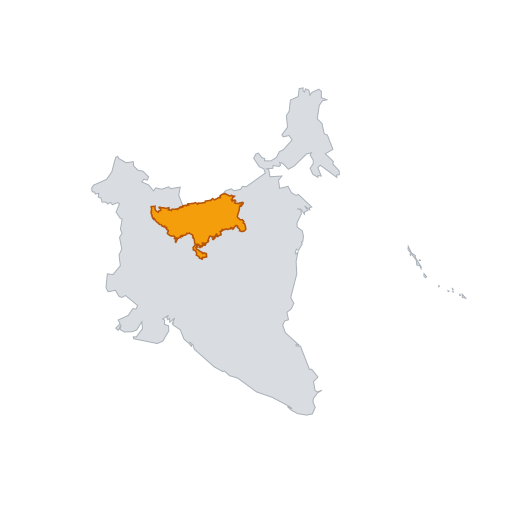 Uttar Pradesh highlighted on a map of India, rotated 321°
{"feature_id": "IND-3253", "entity_name": "Uttar Pradesh", "entity_type": "State", "adm_level": 1, "iso_a3": "IND", "parent_name": "India", "parent_adm1": "", "projection": "orthographic", "projection_center": [80.221, 27.157], "detail": "fine", "context": "in_parent", "style": "filled", "palette": "amber", "viewbox_px": 512, "rotation_deg": 321, "n_neighbors": 0, "source": "natural_earth", "source_scale": "10m", "svg_char_len": 9802}
<svg xmlns="http://www.w3.org/2000/svg" viewBox="0 0 512 512"><g transform="rotate(321 256 256)"><path d="M101.6,223.8L107.7,223.1L108.6,219.0L119.4,221.8L127.0,219.4L129.3,221.7L132.9,220.0L129.7,204.6L125.7,203.8L124.1,201.3L125.2,194.2L118.7,190.8L119.4,186.3L129.3,176.3L133.1,180.4L144.5,178.2L150.1,169.1L156.1,166.1L161.7,155.6L166.2,154.0L167.4,149.9L175.2,143.1L174.2,141.3L174.9,133.8L182.9,129.4L182.1,127.5L176.7,125.8L176.6,122.7L173.5,122.4L173.2,119.7L170.3,117.2L172.0,113.5L170.4,110.9L173.3,108.4L170.0,106.7L170.8,104.8L169.1,103.0L171.0,99.8L174.4,98.7L188.0,102.4L196.8,99.9L208.8,91.2L211.2,91.4L210.8,94.1L213.8,101.8L220.0,105.5L217.6,108.9L218.2,115.0L221.5,118.9L222.3,126.9L219.2,128.6L217.1,125.7L213.9,126.6L217.3,133.3L217.3,140.9L221.0,140.0L224.9,144.9L231.7,147.3L232.1,150.0L240.5,154.8L234.3,160.0L230.8,170.7L249.6,182.1L258.4,184.3L259.0,186.1L264.9,187.8L273.4,186.1L279.0,188.2L279.9,191.3L285.9,194.5L289.3,193.3L291.9,196.0L315.4,197.4L316.9,193.2L314.7,188.5L315.7,178.6L320.2,176.6L322.6,177.5L322.5,183.3L324.1,185.7L322.6,187.4L327.2,191.4L333.8,192.3L339.8,189.6L344.0,190.6L357.1,188.5L357.5,183.2L352.1,180.5L352.3,178.1L361.6,175.7L367.9,166.1L373.0,164.3L380.9,156.4L389.1,158.7L394.9,153.1L398.4,155.0L396.4,157.3L396.8,159.1L399.6,157.2L401.5,160.4L399.0,165.0L402.2,164.0L409.8,165.9L410.4,169.2L406.4,174.0L409.4,179.2L405.3,177.2L399.9,178.8L389.9,188.0L390.7,194.6L385.9,203.9L387.6,206.9L382.9,221.5L374.2,220.2L375.6,231.3L373.6,232.7L374.2,242.2L371.9,245.3L369.7,243.8L368.3,245.8L363.1,225.9L359.7,226.2L357.0,234.9L354.8,232.5L353.6,233.8L351.6,228.2L353.2,221.9L358.6,220.2L360.8,217.5L361.6,211.7L364.1,210.7L359.4,208.5L342.4,210.1L335.8,209.0L335.1,201.3L333.3,198.2L332.2,200.8L330.3,200.9L326.2,196.4L324.3,198.4L319.2,195.0L320.1,197.3L316.7,203.2L326.4,210.1L321.2,211.3L316.9,218.3L324.7,222.0L323.4,229.3L325.4,234.2L327.7,234.8L330.1,253.0L327.9,252.0L326.8,254.0L325.3,247.7L325.0,253.2L321.6,252.3L319.9,253.9L320.4,247.8L317.5,245.2L320.0,248.1L317.9,251.7L308.7,256.1L306.2,259.4L307.7,265.7L305.4,270.4L301.4,274.3L299.9,273.8L299.6,275.7L292.6,278.4L291.7,276.1L288.9,277.8L288.2,279.7L291.1,279.3L283.7,285.5L276.4,295.6L256.8,310.2L255.7,316.5L250.1,319.3L244.6,319.2L241.1,326.0L237.3,324.5L233.2,326.6L230.5,334.1L233.4,352.6L231.6,349.9L230.5,351.2L233.8,354.0L226.2,377.7L228.0,379.0L227.9,389.1L221.7,389.8L217.3,397.6L218.2,400.3L222.8,401.9L217.7,401.0L211.2,402.8L208.4,405.2L206.8,410.9L200.4,414.2L195.1,411.4L189.1,404.6L186.5,398.3L185.6,392.8L188.1,397.4L186.8,392.9L179.7,376.2L170.9,362.0L164.9,339.3L160.1,332.3L159.0,325.4L157.3,324.7L153.7,315.7L149.4,289.7L151.1,285.3L150.8,283.7L149.1,285.7L148.8,284.5L149.0,281.9L151.0,282.3L148.8,281.1L147.7,275.5L150.7,265.7L148.1,257.2L149.4,256.1L148.0,256.1L153.7,253.0L147.4,253.3L149.3,250.1L147.3,250.0L147.8,247.8L150.6,247.1L143.8,246.2L144.7,248.4L141.9,251.4L144.1,255.1L141.2,259.3L130.0,263.5L124.2,261.9L108.8,243.3L109.8,241.6L112.1,243.6L122.1,241.0L125.9,235.2L116.7,238.4L112.1,236.9L106.0,232.3L104.0,227.5L108.1,224.5L102.1,227.0L101.6,223.8ZM377.6,367.9L375.3,364.2L378.0,359.9L378.2,346.7L380.4,344.3L378.7,351.5L380.1,356.0L378.8,357.4L377.6,367.9ZM392.2,415.4L392.4,420.8L390.3,418.0L392.2,415.4ZM375.6,379.4L374.1,379.6L373.8,377.3L375.5,375.4L375.6,379.4ZM386.7,407.1L386.7,408.7L386.3,407.3L386.7,407.1ZM388.4,404.7L387.9,406.9L388.0,404.7L388.4,404.7ZM390.6,413.6L390.0,415.3L389.5,414.7L390.6,413.6ZM379.7,394.8L378.7,395.0L379.2,394.0L379.7,394.8ZM377.3,368.7L376.3,369.7L376.7,368.3L377.3,368.7ZM380.7,361.8L381.3,363.3L380.0,362.2L380.7,361.8ZM383.9,404.8L383.0,404.6L383.4,403.7L383.9,404.8ZM377.0,351.6L376.5,353.4L376.7,351.5L377.0,351.6Z" fill="#d9dde1" stroke="#a8b0b8" stroke-width="1"/><path d="M258.3,184.0L258.7,184.8L259.0,186.1L259.2,186.4L260.5,186.5L262.0,187.0L263.3,186.9L264.2,187.5L264.5,188.1L264.9,188.3L265.3,188.1L265.7,187.6L265.6,186.8L265.9,186.6L268.1,186.7L270.9,187.8L270.9,188.1L271.3,188.1L271.3,188.7L271.9,189.4L271.9,190.2L272.8,191.3L272.9,192.0L273.4,192.9L274.2,193.4L275.0,193.2L275.3,193.7L275.3,194.8L276.0,194.9L276.9,196.0L273.8,196.2L273.3,197.2L272.7,197.4L272.4,197.8L272.2,197.4L272.0,198.4L272.5,198.5L273.0,198.3L273.7,198.8L274.8,199.2L274.6,199.9L274.8,200.5L273.0,200.9L272.8,201.1L272.8,201.5L273.1,201.7L273.6,202.7L274.5,203.1L274.8,203.6L275.2,203.7L275.4,204.3L275.8,204.7L277.0,204.5L277.9,205.3L278.7,205.4L279.6,206.3L279.4,206.9L278.7,207.3L277.8,207.2L277.0,206.6L276.5,206.8L276.4,207.2L276.6,207.9L276.0,208.1L275.5,207.9L275.3,207.1L275.0,206.9L274.6,207.0L271.9,209.7L266.6,213.3L266.2,213.7L266.0,215.1L266.4,216.1L266.4,217.6L267.3,218.6L268.2,219.1L268.3,219.6L268.1,220.0L268.3,220.5L268.3,221.6L267.4,221.8L266.9,222.1L266.9,222.5L267.5,223.8L266.1,227.0L265.5,227.5L265.5,228.0L265.1,228.7L263.9,229.1L262.0,229.1L261.0,228.3L260.5,228.2L259.8,227.4L259.8,226.8L259.1,226.0L259.8,225.6L260.1,224.2L260.1,223.4L259.7,223.1L259.7,221.6L259.9,221.4L260.4,221.5L260.6,221.1L260.1,220.2L259.5,220.0L259.5,219.6L258.2,220.0L256.3,219.7L256.3,220.4L256.2,220.6L255.0,220.7L255.2,220.0L254.6,219.7L254.5,218.8L254.2,219.2L253.9,219.1L253.9,218.2L253.0,218.6L252.0,218.0L251.2,217.9L250.3,217.2L250.3,216.6L249.9,216.1L249.6,216.0L249.0,216.2L248.7,216.0L248.5,215.6L247.1,215.4L247.1,215.0L246.6,214.0L245.4,214.5L245.9,214.9L245.3,215.2L244.8,215.1L244.7,214.6L243.4,214.4L243.4,215.4L242.7,216.3L242.8,217.0L242.3,217.1L241.9,217.6L240.9,216.9L240.2,217.0L239.7,216.7L238.7,216.9L238.2,216.7L238.9,215.4L239.3,214.2L239.0,213.9L238.7,214.0L238.4,214.5L237.2,214.7L237.8,215.2L237.8,215.5L236.9,215.6L236.1,214.7L235.9,215.2L235.0,215.1L235.1,215.6L235.6,215.9L235.2,216.3L234.9,216.3L234.4,215.7L234.4,216.3L233.2,216.4L232.9,216.0L232.9,215.4L233.3,215.4L234.6,214.3L234.3,213.6L234.1,213.6L233.5,213.1L233.4,212.1L233.1,211.6L232.1,211.5L231.3,212.3L230.9,212.2L229.1,213.4L228.3,213.6L228.2,213.9L228.6,214.5L227.8,214.9L227.5,214.6L226.2,214.7L225.2,214.3L224.4,215.2L224.1,215.2L223.9,214.8L223.5,214.8L223.4,215.6L223.0,215.6L222.8,215.4L222.8,214.7L224.0,212.9L223.5,213.2L223.1,213.1L222.5,213.6L222.3,213.1L222.7,212.3L222.6,212.1L222.2,212.5L222.0,212.9L222.3,214.2L222.2,214.5L221.0,214.3L220.5,214.7L220.4,214.1L219.4,214.4L219.3,213.9L219.7,213.4L219.2,213.1L218.9,213.7L218.5,213.8L218.0,214.3L217.8,214.3L217.8,213.6L218.5,212.8L218.8,211.3L218.7,211.1L218.2,211.2L218.3,210.4L218.0,210.0L217.7,210.4L217.6,211.2L217.4,211.4L217.1,211.3L216.9,210.2L216.3,210.5L216.2,210.9L216.5,211.3L216.3,212.3L215.5,211.5L214.7,211.5L214.7,212.0L213.9,213.1L214.6,213.9L215.0,215.1L215.3,217.1L216.1,218.2L216.3,219.7L216.0,220.2L216.1,220.5L216.3,220.8L217.2,220.6L217.7,220.9L218.3,222.0L218.2,222.6L218.9,222.8L218.8,223.3L218.0,224.2L217.6,225.1L217.0,225.7L216.5,225.5L216.3,225.0L215.3,224.8L213.5,223.4L213.2,223.6L212.9,224.4L212.2,224.7L211.8,224.2L212.0,223.4L211.2,222.9L210.7,222.1L211.2,220.8L210.7,218.8L210.1,217.9L210.3,217.6L211.8,216.3L212.0,215.8L211.9,215.4L212.3,214.1L211.1,211.6L212.0,210.8L212.4,209.8L213.6,209.5L214.3,209.5L216.5,208.7L216.4,207.2L217.2,206.4L218.8,203.3L218.4,202.8L218.4,202.4L218.8,202.1L218.6,201.4L219.5,201.0L219.9,200.4L219.7,200.0L219.8,199.2L218.9,197.4L218.6,196.0L217.9,196.1L217.1,195.4L216.8,195.3L216.6,195.0L216.4,195.2L216.3,194.9L214.7,195.4L213.6,195.0L213.3,194.6L212.8,194.5L212.4,194.1L211.8,194.2L211.4,194.6L210.8,194.5L210.6,194.0L211.3,193.4L210.5,193.0L209.9,193.0L209.4,193.5L209.0,193.5L208.9,194.0L208.5,193.5L207.4,193.4L207.1,193.5L205.7,193.1L204.9,193.7L203.5,194.3L203.1,194.2L202.6,194.9L202.3,194.9L202.3,194.0L202.6,193.7L205.5,192.5L205.8,192.1L205.6,192.0L205.3,192.3L205.0,191.8L204.7,192.0L204.1,191.9L203.5,191.3L203.5,191.0L204.4,190.7L204.6,190.4L205.1,189.9L204.7,189.0L204.6,188.4L204.1,188.3L202.8,187.4L202.6,186.8L201.9,185.7L201.9,185.1L201.7,184.9L201.8,184.2L201.4,183.6L201.3,182.6L202.9,181.6L203.3,181.7L204.0,180.9L203.7,180.1L203.4,179.8L203.4,179.0L203.7,179.2L203.7,178.5L204.1,178.2L203.7,177.8L204.2,177.4L203.7,177.2L203.6,176.8L203.4,176.6L203.8,175.6L203.5,175.6L203.4,175.1L203.0,175.2L202.9,174.8L202.5,174.9L202.5,174.5L202.2,174.3L201.7,173.5L202.1,172.8L201.9,171.8L201.0,170.9L200.8,170.4L200.9,170.2L200.8,169.8L201.0,169.3L200.6,168.8L200.8,168.3L200.2,166.9L200.2,165.0L200.4,164.6L200.2,163.9L200.4,163.4L199.6,163.2L200.1,162.5L199.6,162.3L199.5,161.7L200.0,161.3L199.9,160.4L200.1,160.2L200.1,159.9L200.4,159.7L200.4,159.2L200.7,159.1L200.9,158.7L201.4,156.7L202.0,155.9L202.4,155.9L202.4,155.6L203.3,155.1L203.4,154.6L205.0,153.1L205.2,151.9L205.6,151.7L206.0,151.8L206.9,152.6L208.9,153.8L207.7,155.0L206.8,156.8L206.8,158.2L207.1,159.6L207.6,160.6L209.0,159.8L210.4,160.7L210.9,160.5L211.3,160.1L211.4,159.6L211.0,157.5L211.2,157.2L211.6,157.1L212.3,157.9L213.1,159.3L214.3,160.0L215.4,161.7L216.0,162.2L217.7,163.2L218.8,163.6L218.7,164.0L218.2,164.4L217.8,164.4L217.5,164.8L216.9,164.8L216.7,165.1L218.3,166.1L218.6,166.5L218.7,167.4L220.2,166.8L221.0,167.3L221.4,168.0L222.7,169.0L223.5,169.0L224.0,169.6L224.2,170.5L225.1,170.1L225.5,170.1L225.9,170.5L226.2,170.3L226.9,170.5L227.4,170.1L228.1,170.2L228.4,170.4L228.3,171.0L228.9,170.9L229.0,171.4L229.4,171.3L229.4,171.7L229.8,171.9L230.4,171.7L230.9,170.9L231.8,171.6L232.3,171.8L233.1,172.4L233.5,173.2L234.4,173.2L235.2,173.9L235.2,172.8L235.5,172.5L235.9,172.5L236.0,172.9L236.7,173.1L237.2,173.8L237.7,174.0L238.3,174.5L239.2,174.7L239.6,175.4L240.3,175.4L240.6,175.9L242.4,176.3L242.9,177.6L243.7,178.6L243.5,178.8L243.8,178.9L243.7,179.1L244.2,179.0L244.4,178.6L244.8,178.7L245.6,179.8L246.5,180.3L247.1,180.8L247.9,181.0L249.7,182.3L250.0,182.3L250.9,181.5L251.5,181.6L254.9,183.7L255.5,184.3L255.9,184.4L258.3,184.0Z" fill="#f59e0b" stroke="#b45309" stroke-width="1.5"/></g></svg>